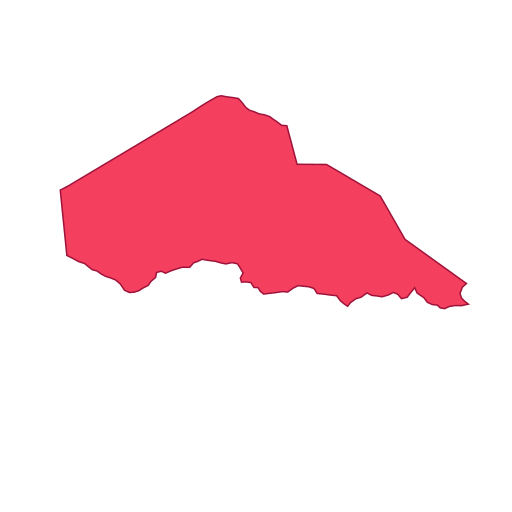 Santa Terezinha do Tocantins, Tocantins, Brazil (Natural Earth projection), rotated 43°
{"feature_id": "56859067B31738575780904", "entity_name": "Santa Terezinha do Tocantins", "entity_type": "district", "adm_level": 2, "iso_a3": "BRA", "parent_name": "Brazil", "parent_adm1": "Tocantins", "projection": "natural_earth1", "projection_center": [-47.719, -6.486], "detail": "fine", "context": "isolated", "style": "filled", "palette": "rose", "viewbox_px": 512, "rotation_deg": 43, "n_neighbors": 0, "source": "geoboundaries", "source_scale": "gbopen_adm2", "svg_char_len": 1607}
<svg xmlns="http://www.w3.org/2000/svg" viewBox="0 0 512 512"><g transform="rotate(43 256 256)"><path d="M444.1,146.4L439.3,146.8L435.0,146.6L430.7,144.2L428.2,138.0L428.7,132.6L353.7,142.2L305.9,127.4L245.1,141.0L223.5,160.9L189.7,139.7L185.5,143.0L180.6,143.4L175.5,144.2L171.0,144.7L166.2,146.8L161.3,149.9L156.1,151.8L151.9,153.8L147.0,154.3L142.2,153.4L135.8,152.8L130.9,156.0L126.2,159.4L121.3,162.5L118.8,166.1L115.6,176.5L113.9,182.6L110.9,194.7L108.3,203.8L72.5,327.2L71.2,331.9L67.9,341.3L117.3,384.6L123.3,382.8L130.0,381.1L135.8,378.4L140.8,378.1L145.6,377.7L149.9,375.4L155.1,374.7L159.8,373.5L164.4,371.3L169.6,369.3L175.9,369.0L183.1,370.7L188.4,369.0L191.7,365.4L194.0,361.2L195.3,356.2L197.2,351.1L196.5,345.9L197.2,340.2L194.5,335.8L197.2,331.7L201.6,330.3L203.5,325.7L206.3,320.4L209.7,314.6L215.2,309.5L215.0,303.7L217.1,299.6L218.8,295.2L223.9,291.9L230.0,287.5L234.9,285.1L239.4,282.3L243.0,277.2L247.9,274.3L252.1,275.4L258.1,277.2L259.6,282.8L263.2,285.0L266.6,281.6L270.4,278.9L275.9,280.4L279.1,277.7L282.9,278.9L287.6,278.6L291.0,274.5L295.0,269.8L299.5,264.1L303.8,260.7L304.9,254.8L307.0,249.0L311.8,245.4L315.6,242.5L320.5,240.2L326.3,241.7L331.8,237.5L337.1,233.8L342.0,230.1L348.4,231.2L353.3,230.9L357.3,230.3L356.9,225.7L358.2,219.1L360.9,214.6L362.4,207.3L367.5,205.9L371.6,202.8L376.0,199.9L379.4,194.2L381.3,189.0L385.8,187.3L391.5,188.0L394.7,183.1L394.1,177.0L393.7,171.0L399.1,173.2L407.2,172.0L412.9,173.0L418.0,171.3L422.1,168.3L426.1,168.3L429.9,165.8L431.8,161.1L435.2,156.7L440.3,152.0L444.1,146.4Z" fill="#f43f5e" stroke="#9f1239" stroke-width="1.5"/></g></svg>